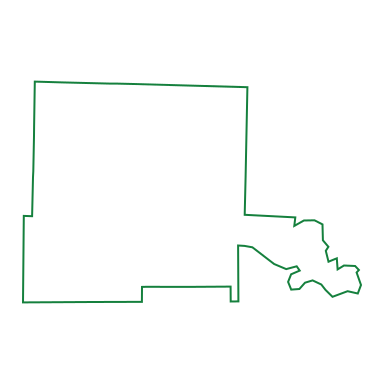 the district of Jefferson, Arkansas, United States of America
{"feature_id": "52423323B11311228308505", "entity_name": "Jefferson", "entity_type": "district", "adm_level": 2, "iso_a3": "USA", "parent_name": "United States of America", "parent_adm1": "Arkansas", "projection": "albers", "projection_center": [-91.753, 34.278], "detail": "fine", "context": "isolated", "style": "outline", "palette": "green", "viewbox_px": 384, "rotation_deg": 0, "n_neighbors": 0, "source": "geoboundaries", "source_scale": "gbopen_adm2", "svg_char_len": 829}
<svg xmlns="http://www.w3.org/2000/svg" viewBox="0 0 384 384"><path d="M23.0,302.4L92.6,302.0L127.1,301.9L141.9,301.9L142.0,286.9L146.7,286.8L186.1,286.9L230.6,286.6L230.7,301.5L238.4,301.4L238.1,245.5L244.5,245.9L252.4,247.3L274.1,264.0L286.2,269.1L296.7,266.3L299.7,270.6L291.1,274.3L288.1,281.9L291.2,289.6L299.4,289.0L305.0,282.7L312.6,280.4L321.3,284.5L325.5,289.9L332.5,296.8L347.6,291.2L357.8,293.5L361.0,285.0L356.6,272.5L358.9,270.0L355.1,266.0L344.0,265.5L337.6,269.4L336.8,258.3L328.5,261.7L325.8,250.8L328.4,246.8L322.9,240.3L322.5,224.4L314.5,220.3L303.9,220.5L294.3,225.9L295.3,217.4L244.7,214.8L245.6,176.9L247.4,87.2L133.4,84.0L116.7,83.6L110.1,83.6L62.0,82.4L34.8,81.6L34.1,126.3L34.0,136.0L33.3,171.2L33.0,177.2L32.8,186.2L32.1,216.2L23.8,215.9L23.0,302.4Z" fill="none" stroke="#15803d" stroke-width="2"/></svg>